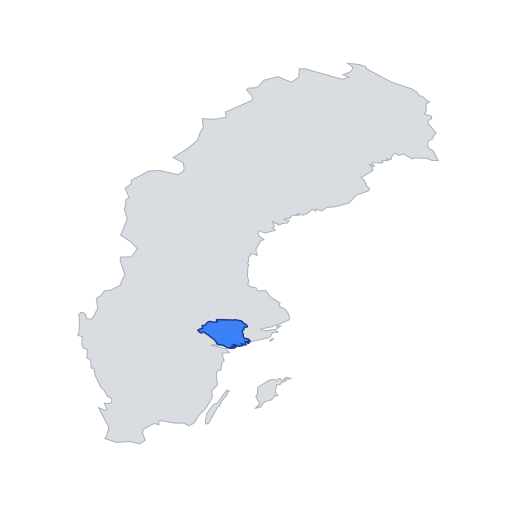 location of Södermanland within Sweden, rotated 8°
{"feature_id": "SWE-185", "entity_name": "Södermanland", "entity_type": "County", "adm_level": 1, "iso_a3": "SWE", "parent_name": "Sweden", "parent_adm1": "", "projection": "equal_earth", "projection_center": [16.821, 59.079], "detail": "fine", "context": "in_parent", "style": "filled", "palette": "blue", "viewbox_px": 512, "rotation_deg": 8, "n_neighbors": 0, "source": "natural_earth", "source_scale": "10m", "svg_char_len": 6176}
<svg xmlns="http://www.w3.org/2000/svg" viewBox="0 0 512 512"><g transform="rotate(8 256 256)"><path d="M95.2,337.7L97.2,341.8L101.9,341.3L103.8,338.3L106.5,329.6L103.8,320.0L108.0,316.7L110.8,311.5L117.1,309.9L125.8,303.8L126.8,297.6L128.9,293.1L122.2,279.4L121.8,276.0L132.6,274.2L137.5,265.3L130.3,259.5L119.0,254.1L123.5,237.1L119.0,227.9L119.9,224.1L119.3,218.2L122.2,215.8L117.0,207.3L122.7,201.5L121.8,198.5L138.0,186.8L148.5,184.7L167.7,186.4L172.4,181.8L172.7,179.4L171.0,173.6L160.3,170.2L172.3,160.0L181.7,150.1L183.7,140.6L185.9,136.5L183.8,127.4L196.2,126.4L207.2,122.6L205.8,117.7L230.1,102.6L230.9,100.0L229.1,97.5L223.4,92.9L225.0,90.9L231.5,89.6L234.7,87.7L239.5,80.8L252.7,75.4L267.1,79.0L273.4,73.0L272.9,64.7L278.1,63.8L316.8,69.0L323.3,66.0L316.7,64.4L323.1,61.1L325.0,59.0L325.6,56.7L325.3,55.4L319.8,52.4L332.0,52.0L338.6,53.4L339.3,55.2L365.8,64.9L386.8,68.8L392.9,71.5L395.2,74.6L398.5,74.8L402.5,77.7L406.6,79.3L403.4,81.3L403.7,85.9L404.8,88.0L403.0,92.0L409.9,93.0L411.0,95.5L407.6,97.9L408.1,100.7L417.3,109.1L415.1,111.9L414.6,115.3L410.8,117.9L410.3,120.6L411.1,124.1L412.5,125.7L416.5,126.9L423.3,136.2L416.7,136.8L411.7,135.6L400.0,136.7L397.2,138.1L388.1,134.4L383.0,136.5L379.5,134.7L376.8,137.7L376.2,141.9L372.0,141.5L373.6,143.1L367.9,143.7L367.5,144.4L368.8,145.4L367.1,146.7L359.2,147.1L358.2,148.5L360.5,150.1L360.5,151.2L355.4,149.6L359.0,152.7L359.8,155.0L349.2,163.8L352.9,166.2L356.0,171.3L359.3,173.6L358.0,176.0L346.9,181.7L340.7,190.6L326.7,196.5L319.3,198.0L314.6,202.3L308.9,201.0L308.8,203.4L305.1,201.9L302.2,205.7L297.1,208.9L291.5,208.3L290.9,208.9L292.6,209.8L286.2,210.6L284.3,214.0L279.5,214.9L278.7,216.0L283.6,216.2L282.6,218.9L277.1,220.3L275.1,222.1L272.7,222.0L273.1,220.7L269.5,220.8L268.3,219.2L267.6,219.6L270.1,224.1L268.3,225.9L271.8,227.7L261.7,232.1L255.6,230.4L254.8,231.8L256.1,235.6L261.5,238.6L258.3,240.6L254.8,249.7L257.2,255.2L250.2,253.9L250.7,256.0L248.5,258.5L249.4,262.0L248.7,264.4L250.3,266.5L249.4,267.5L250.4,277.6L252.4,281.9L251.7,285.3L254.6,287.2L260.7,287.6L262.5,290.5L270.3,288.8L275.8,294.4L286.3,299.2L285.7,302.4L292.4,304.7L296.4,309.0L297.9,312.6L297.5,314.8L287.1,320.9L279.2,324.9L270.9,327.4L271.3,328.4L275.4,328.8L285.4,325.9L288.3,328.5L282.9,329.6L281.8,333.2L279.5,335.4L257.4,343.5L254.5,346.0L244.6,350.0L226.9,349.7L224.1,350.6L239.5,352.3L243.2,355.3L235.9,357.1L239.0,364.3L237.2,366.0L237.0,374.0L234.4,374.1L233.2,377.4L234.5,385.4L235.8,387.7L235.3,390.0L231.0,395.4L232.4,402.0L227.5,413.9L222.1,420.9L217.8,430.2L213.1,433.5L207.6,431.5L199.4,432.7L184.4,432.3L182.5,433.2L183.6,436.6L178.2,436.1L168.6,443.4L168.2,446.9L171.9,453.8L167.2,458.3L157.0,457.2L143.5,460.0L131.6,457.8L133.1,455.4L134.3,446.3L121.1,428.0L127.5,429.8L130.1,428.9L126.3,422.9L131.8,422.5L133.6,420.4L132.7,417.0L128.2,415.5L124.4,410.1L120.4,407.3L113.4,396.7L111.0,389.4L108.5,390.1L106.6,381.8L102.7,380.5L102.2,372.1L98.1,371.2L95.6,367.4L95.4,360.2L90.5,359.3L91.3,355.8L90.1,343.2L88.7,339.3L90.1,336.4L92.8,336.1L95.2,337.7ZM301.4,376.6L299.2,377.4L297.9,379.7L294.4,380.9L293.9,388.2L297.1,391.0L293.8,392.3L291.5,396.2L285.5,398.8L283.1,401.3L281.8,404.9L276.6,406.9L280.3,401.5L275.3,395.2L276.6,393.0L276.1,385.8L286.8,376.8L291.8,375.7L294.1,376.7L295.0,374.5L296.6,374.0L301.4,376.6ZM232.4,428.0L229.7,429.5L228.9,427.3L229.2,418.6L235.2,408.3L237.9,407.5L245.2,393.7L246.0,392.8L248.5,393.6L246.6,394.9L246.7,397.3L242.1,404.7L240.9,409.5L239.2,410.7L232.4,428.0ZM303.5,373.8L303.1,375.8L300.4,374.2L302.9,371.9L308.2,372.5L303.5,373.8ZM290.3,321.9L287.0,325.0L286.3,323.7L287.0,322.1L290.3,321.9ZM283.1,338.0L281.3,338.2L282.5,336.1L284.9,335.6L283.1,338.0Z" fill="#d9dde1" stroke="#a8b0b8" stroke-width="1"/><path d="M260.9,340.0L260.6,340.3L260.8,340.5L261.1,340.6L261.3,340.7L261.6,340.7L261.6,341.0L261.3,341.2L261.6,341.4L262.0,341.6L261.7,342.1L261.2,342.3L260.7,342.3L260.1,342.1L259.5,342.1L259.8,342.5L260.2,342.8L261.0,343.2L261.0,343.4L260.5,343.4L260.6,343.5L260.8,343.6L260.1,343.6L258.1,342.6L257.2,342.3L257.2,342.5L257.7,342.7L257.8,343.1L257.5,344.0L257.3,344.6L257.3,344.8L257.5,344.9L257.6,345.0L258.3,345.3L257.5,345.6L254.2,345.1L255.2,346.0L255.3,346.5L254.8,346.9L253.4,346.9L252.6,347.0L252.6,347.6L249.6,347.5L248.7,347.3L248.4,347.1L247.9,346.6L247.5,346.5L247.2,346.5L246.4,346.8L246.0,346.9L246.3,347.0L247.2,347.1L247.5,347.3L247.5,347.6L247.3,347.9L247.1,348.1L246.9,348.2L247.4,348.5L248.6,348.4L249.1,348.5L248.5,349.1L248.1,349.5L247.7,349.8L247.1,349.8L245.5,349.1L244.5,349.0L244.0,349.5L245.3,349.6L245.7,349.9L246.2,350.4L245.6,350.4L243.2,351.0L239.4,350.7L238.9,350.2L238.1,349.7L236.9,349.2L235.3,348.9L230.6,348.8L230.2,348.7L229.8,348.5L229.3,348.0L229.1,347.7L229.0,347.1L228.8,346.9L227.5,345.8L227.1,345.4L226.8,344.9L226.4,344.6L222.1,342.4L220.5,341.3L216.2,339.3L215.3,338.7L214.9,338.6L214.4,338.6L213.9,338.8L213.6,338.9L213.5,339.1L213.1,339.7L212.8,339.8L212.5,339.9L211.1,339.4L209.4,338.4L209.1,338.1L208.8,337.7L209.0,337.4L209.2,337.1L209.6,336.9L210.5,336.3L210.8,335.9L211.1,335.7L211.6,335.5L212.3,335.4L212.9,335.2L213.3,335.0L213.4,334.8L213.3,334.5L212.7,333.4L212.5,332.9L212.4,332.6L212.6,332.3L214.7,331.8L215.4,331.5L215.8,331.2L216.0,330.9L216.0,330.6L216.0,330.3L216.0,330.0L216.2,329.7L217.8,328.0L218.1,327.7L218.7,327.5L219.8,327.2L220.4,327.1L220.9,327.2L222.6,327.5L223.2,327.5L224.0,327.4L225.9,326.9L226.5,326.7L226.8,326.5L227.0,326.3L227.0,326.2L226.9,326.0L226.3,325.8L226.1,325.6L225.9,325.4L225.8,325.1L225.7,324.8L225.9,324.6L226.2,324.4L241.2,322.7L241.6,322.7L242.3,322.7L242.7,322.6L244.3,321.9L247.1,322.3L249.1,322.1L249.7,322.2L250.5,322.4L251.6,322.9L251.7,323.0L251.8,323.3L252.3,323.8L253.1,324.3L254.8,324.8L255.7,325.3L256.3,325.7L257.0,326.6L257.3,326.9L257.3,327.2L257.2,327.5L256.7,327.7L255.7,327.8L255.3,327.8L254.9,327.9L254.6,328.1L254.3,328.5L254.2,329.3L254.2,330.1L254.1,330.8L253.0,331.5L252.8,331.6L252.7,331.9L252.7,332.2L252.9,332.6L252.9,332.9L253.1,333.4L253.4,333.9L254.1,335.0L254.6,337.6L254.8,338.0L255.0,338.3L255.5,339.0L255.8,339.1L256.2,339.1L258.0,339.1L259.2,339.2L260.1,339.5L260.9,340.0Z" fill="#3b82f6" stroke="#1e3a8a" stroke-width="1.5"/></g></svg>